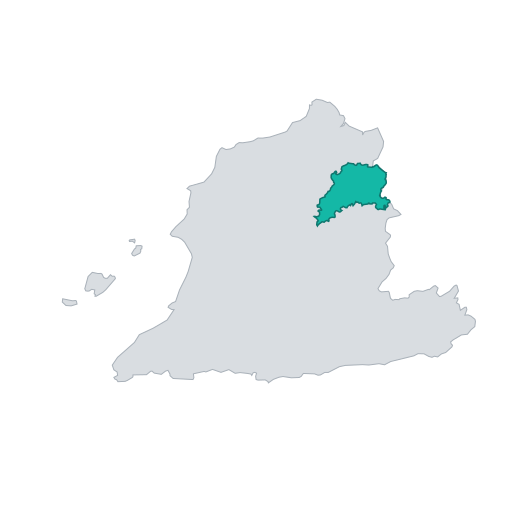 location of Badajoz within Spain, rotated 167°
{"feature_id": "ESP-5807", "entity_name": "Badajoz", "entity_type": "Autonomous Community", "adm_level": 1, "iso_a3": "ESP", "parent_name": "Spain", "parent_adm1": "", "projection": "robinson", "projection_center": [-5.947, 38.694], "detail": "fine", "context": "in_parent", "style": "filled", "palette": "teal", "viewbox_px": 512, "rotation_deg": 167, "n_neighbors": 0, "source": "natural_earth", "source_scale": "10m", "svg_char_len": 9319}
<svg xmlns="http://www.w3.org/2000/svg" viewBox="0 0 512 512"><g transform="rotate(167 256 256)"><path d="M272.5,129.6L272.5,130.9L274.9,133.2L281.9,134.6L283.7,135.6L283.4,138.9L281.8,141.7L283.3,142.9L285.0,142.9L287.0,140.6L287.5,142.1L290.7,143.5L297.8,146.0L302.7,146.4L308.0,151.4L316.3,150.5L323.9,155.3L330.9,154.3L332.5,155.2L343.5,155.3L343.9,151.4L345.2,149.8L364.3,155.3L366.7,158.7L366.4,160.4L367.5,164.4L370.0,164.2L374.9,162.0L381.5,164.8L383.2,167.2L384.6,167.4L389.4,165.0L402.6,167.8L403.1,166.0L404.0,165.4L409.4,163.7L411.7,163.3L418.8,164.6L419.7,166.9L421.1,167.7L421.8,169.7L417.7,170.8L417.4,174.2L420.1,177.1L420.6,182.0L413.7,188.4L393.9,199.1L387.4,205.6L372.4,208.8L357.0,213.6L347.9,222.2L350.3,222.9L353.2,225.8L352.3,227.1L348.3,229.1L344.6,229.7L338.1,240.2L329.0,251.2L325.6,256.1L318.4,269.0L318.4,272.7L322.4,285.5L324.6,288.9L327.6,291.7L333.2,294.1L334.7,296.5L332.8,298.7L327.3,302.7L317.6,308.2L313.6,312.4L312.8,316.6L309.9,318.4L309.0,324.2L305.2,332.2L305.0,334.3L308.1,337.2L305.1,339.0L290.1,339.7L280.8,346.0L276.2,351.6L272.2,362.0L267.1,368.1L264.8,369.2L261.3,366.5L256.9,366.1L252.6,367.0L250.4,369.1L246.9,370.3L243.5,369.3L236.0,368.7L232.8,368.8L227.6,370.5L223.2,369.4L215.7,368.8L199.6,370.2L197.6,370.8L190.4,377.8L182.6,378.0L175.6,380.8L170.8,387.6L169.9,391.2L168.5,390.4L167.4,390.7L166.9,393.4L162.0,395.2L156.5,392.9L151.9,389.5L149.5,389.3L145.6,384.1L143.9,380.7L142.8,377.1L142.7,374.6L139.2,373.1L138.4,369.8L140.9,365.5L144.2,363.1L141.1,363.3L138.9,366.1L136.0,361.6L124.3,353.0L124.9,349.9L123.0,352.2L121.6,352.8L115.6,352.5L108.7,353.5L105.9,338.9L107.7,333.7L115.5,323.7L120.3,322.3L122.3,317.1L117.8,317.4L110.8,307.4L112.7,298.1L119.7,291.1L120.9,288.3L121.2,285.7L119.9,283.9L116.0,282.9L112.1,275.6L111.3,271.0L108.0,268.4L105.4,263.9L107.8,263.2L117.7,263.2L120.1,262.0L122.0,258.9L123.9,253.9L124.3,250.9L120.5,246.6L120.3,245.7L120.9,244.2L126.9,239.4L125.7,235.8L126.7,228.2L126.2,223.8L125.6,220.2L123.5,215.5L124.9,213.6L128.0,212.0L130.5,208.2L134.2,205.0L139.0,202.4L144.5,196.8L143.7,194.3L141.8,192.8L134.9,191.8L134.4,190.6L134.5,184.5L132.7,182.1L130.2,182.4L126.5,181.3L125.5,182.0L120.7,181.8L117.3,180.7L115.9,181.6L115.5,183.8L109.8,186.0L106.6,185.9L101.3,184.0L95.4,184.7L94.7,184.2L89.6,186.7L87.9,186.8L85.8,183.8L88.6,179.4L86.3,175.2L84.7,175.1L75.3,178.1L69.7,182.1L67.5,182.7L66.8,181.9L66.6,176.3L72.4,170.2L68.8,169.8L69.0,168.1L71.3,165.3L69.0,163.2L69.1,157.1L63.9,159.1L62.6,158.8L62.6,156.3L65.8,151.4L62.5,150.9L60.0,149.0L56.9,145.0L56.9,142.9L58.7,138.0L63.2,135.7L67.6,132.2L73.6,132.9L82.6,130.0L85.7,128.5L85.6,126.4L84.6,124.9L85.5,123.4L92.9,119.3L97.3,118.9L101.7,116.8L104.7,118.2L107.3,117.7L110.3,119.3L114.3,122.9L120.1,124.4L124.7,123.2L148.5,122.9L155.2,121.1L160.4,123.4L170.6,124.4L176.7,126.2L193.5,129.3L199.6,129.4L211.8,126.3L215.2,127.1L220.0,125.6L222.4,125.9L225.5,128.0L236.3,130.9L239.1,128.5L241.2,127.9L249.0,129.4L256.8,132.5L260.9,132.7L266.8,131.9L272.5,129.6ZM420.7,259.2L423.6,260.5L426.5,259.4L428.1,259.7L429.7,260.3L430.2,262.6L424.2,273.8L419.2,276.9L414.0,274.5L411.0,273.9L410.1,273.0L409.3,269.4L407.9,268.2L405.9,267.7L402.0,270.5L400.7,268.6L398.8,268.3L398.1,267.1L398.1,265.6L410.0,256.9L413.5,255.0L420.9,252.7L422.0,253.1L421.1,254.4L422.2,255.6L420.7,259.2ZM455.1,254.7L454.0,257.8L444.8,253.6L441.8,253.2L441.1,252.5L441.2,249.4L447.3,249.0L452.3,250.5L455.1,254.7ZM371.4,290.7L370.4,292.9L365.9,292.1L364.8,291.2L365.7,288.7L367.0,288.4L367.1,286.7L368.4,284.9L374.7,283.4L376.2,284.6L376.6,286.4L372.8,290.2L371.4,290.7ZM376.1,299.6L375.4,300.1L370.5,299.7L370.3,298.2L371.3,296.1L373.1,298.2L376.0,298.6L376.1,299.6Z" fill="#d9dde1" stroke="#a8b0b8" stroke-width="1"/><path d="M113.0,301.6L112.9,301.3L112.8,301.2L112.6,301.1L112.4,300.8L112.4,300.6L112.4,300.2L112.4,299.4L112.6,298.1L112.7,297.9L113.0,297.4L114.4,296.2L114.8,295.9L115.3,295.7L115.8,295.3L116.2,294.9L116.3,294.5L116.6,294.3L118.0,294.0L118.5,293.8L118.8,293.4L119.2,293.2L119.4,293.0L119.4,292.5L119.5,291.9L119.1,291.2L119.8,290.7L120.4,289.8L121.4,288.0L121.7,287.6L121.9,287.3L121.9,286.9L121.5,286.7L121.7,286.1L121.5,285.4L121.1,284.7L120.7,284.3L120.0,283.8L119.2,283.6L118.4,283.7L117.7,284.1L117.4,284.3L116.9,284.2L116.5,284.0L116.2,283.7L116.1,283.4L116.5,282.7L116.5,282.3L116.2,281.6L115.5,281.3L114.6,281.1L113.9,280.7L113.5,280.1L113.3,279.4L113.3,278.7L113.7,278.0L115.1,278.2L116.5,276.4L116.5,276.0L116.2,275.7L116.1,275.4L116.2,275.2L116.3,274.8L116.4,274.7L117.7,274.1L118.3,273.9L119.0,274.0L118.8,275.7L119.0,276.4L119.6,276.5L119.8,276.4L120.0,276.2L120.5,274.3L120.5,274.0L120.5,273.7L120.3,273.5L120.1,273.3L119.2,272.8L119.7,272.0L124.5,273.9L124.9,274.0L126.1,273.7L126.6,273.8L127.1,274.2L127.7,275.4L128.3,275.9L128.5,276.8L128.2,277.7L127.0,279.1L127.7,280.6L128.0,280.9L130.6,281.4L131.2,280.6L133.4,281.2L133.6,281.3L133.7,281.8L133.8,282.0L134.0,282.1L134.3,282.2L134.6,282.2L134.9,281.7L135.1,281.5L139.7,281.9L141.3,281.1L141.4,283.1L141.5,283.6L142.0,284.2L143.4,284.2L143.9,284.5L144.4,285.4L144.6,285.6L144.9,285.6L145.6,285.6L145.8,285.6L146.5,286.6L148.1,284.7L150.1,283.2L150.4,285.3L150.5,285.4L150.6,285.5L151.2,285.4L152.5,283.9L153.0,284.8L154.9,284.1L155.8,283.5L156.4,282.6L157.6,282.8L159.9,284.8L161.2,284.1L162.2,284.1L162.5,284.0L162.9,283.5L163.2,282.8L163.2,282.4L162.4,281.1L162.2,281.0L163.6,280.2L164.3,280.0L165.0,280.2L166.5,281.6L167.2,282.0L168.2,281.9L168.6,281.6L169.4,280.7L170.1,279.5L170.1,279.2L169.9,278.5L169.8,278.3L170.0,276.9L170.3,276.1L170.8,275.9L173.0,276.6L175.0,276.6L176.2,276.0L176.7,275.5L176.9,275.2L176.9,274.9L176.9,274.1L177.0,273.8L177.4,273.4L177.9,273.6L178.6,274.7L180.6,274.4L182.0,273.6L183.9,274.5L184.6,274.1L184.8,274.1L185.0,274.0L185.2,273.9L185.8,273.6L186.9,273.3L187.2,273.2L187.6,272.7L189.1,271.9L189.4,271.5L189.8,272.7L189.7,273.3L189.3,274.1L188.9,275.4L188.6,275.7L188.3,275.9L188.0,275.9L187.7,276.1L187.5,276.3L187.5,276.7L187.6,277.0L188.2,278.4L188.7,279.3L188.8,279.4L188.9,279.6L189.2,279.9L190.1,280.9L190.5,281.5L190.1,281.5L189.9,281.4L188.9,281.0L188.7,280.8L188.4,280.7L187.9,280.6L187.4,280.7L187.1,280.7L186.8,280.7L186.3,280.6L186.1,280.6L185.9,280.8L185.7,281.0L185.1,281.6L184.9,281.8L184.8,282.0L184.6,282.4L184.3,283.9L184.3,284.5L184.4,284.8L184.6,285.0L185.1,285.3L185.3,285.5L185.4,285.8L185.3,286.1L184.5,286.5L184.3,286.6L184.0,286.6L183.5,286.4L182.7,286.0L182.5,285.9L182.2,285.9L181.9,285.9L181.7,286.1L181.7,286.4L181.8,286.6L181.9,286.9L182.0,287.2L182.0,287.4L182.2,287.6L182.3,287.7L182.4,287.8L182.4,288.1L182.5,288.3L182.5,288.6L182.6,288.9L182.7,289.1L182.9,289.2L183.9,289.5L184.1,289.6L184.9,289.7L185.1,290.0L185.2,290.4L185.1,290.9L185.0,291.7L184.8,291.9L184.6,291.9L183.7,291.8L183.2,291.9L183.0,292.0L182.8,292.2L182.5,292.5L182.1,293.2L181.9,293.6L181.2,296.1L181.0,296.8L180.7,297.2L180.5,297.3L180.3,297.3L180.1,297.3L179.8,297.4L179.3,297.6L178.5,297.7L178.0,297.9L175.7,298.0L175.3,298.1L175.3,298.3L175.4,298.6L175.4,298.8L175.3,299.2L175.2,299.5L175.0,299.8L174.2,300.1L172.8,301.0L171.9,301.8L171.7,302.0L171.4,302.4L171.4,302.6L171.2,302.8L170.6,302.7L170.0,302.7L169.7,302.8L169.1,303.3L168.7,303.8L168.5,304.1L168.4,304.3L168.3,304.5L168.2,304.9L168.0,305.3L167.1,305.8L166.6,306.2L166.5,306.4L166.2,306.9L165.9,307.1L165.4,307.3L164.1,308.0L163.7,308.3L163.5,308.5L163.3,309.3L163.3,309.5L163.4,309.8L163.7,310.1L163.8,310.3L163.8,310.6L163.7,311.0L163.6,311.6L163.7,311.9L163.8,312.0L164.0,312.2L164.1,312.3L164.2,312.5L164.3,312.6L164.4,313.1L164.5,313.2L164.5,313.4L164.6,313.6L164.9,314.1L165.0,314.3L164.9,314.5L165.0,314.8L165.0,315.0L165.1,315.3L165.1,315.6L165.1,315.8L165.0,316.3L164.8,316.6L164.7,316.9L164.6,317.4L164.6,317.6L164.6,317.8L164.5,318.0L163.2,319.0L161.9,318.9L161.4,319.3L161.2,319.5L160.5,320.1L159.8,320.6L159.3,320.7L159.0,320.6L158.8,320.4L158.7,319.7L158.6,319.4L158.6,319.2L158.8,319.0L159.0,318.9L159.3,318.8L159.8,318.5L159.9,318.3L159.8,318.1L159.7,317.9L159.2,317.4L158.8,317.1L158.5,317.0L156.5,317.3L155.6,317.6L155.3,317.8L155.1,318.0L154.8,318.5L154.7,318.7L154.5,318.8L153.7,319.3L153.4,319.5L153.2,319.8L153.1,320.0L153.0,320.3L153.0,320.5L153.2,320.8L153.3,321.0L153.4,321.5L152.8,322.4L152.7,322.6L152.6,323.0L152.2,323.6L151.8,323.8L151.4,323.9L150.2,324.2L149.6,324.2L147.3,324.7L146.6,325.0L145.7,325.7L145.3,326.1L144.8,325.6L140.9,324.1L140.1,323.9L140.0,323.7L140.0,323.4L139.9,323.1L139.6,322.8L138.4,321.9L138.1,321.8L137.8,321.8L137.6,321.9L137.4,322.0L137.2,322.2L137.1,322.5L136.6,322.8L136.5,323.0L136.4,323.2L136.3,323.3L135.9,323.3L135.1,323.1L133.7,323.0L133.5,322.9L133.5,322.6L133.5,322.3L133.4,322.1L133.3,321.8L132.8,321.1L132.4,320.8L132.0,320.6L131.6,320.5L130.6,320.4L129.9,320.5L128.5,320.5L127.6,320.3L127.3,320.1L126.9,320.0L126.6,319.8L126.5,319.6L126.6,319.3L126.8,318.9L126.9,318.6L127.1,318.4L127.2,318.2L127.2,317.9L127.0,317.6L123.0,316.3L122.5,316.7L122.1,316.4L121.2,316.5L120.5,316.7L120.4,316.7L120.2,316.7L119.8,317.2L119.1,317.5L118.4,317.6L117.9,317.6L117.5,317.3L117.2,317.0L116.0,314.1L115.9,313.9L115.4,313.5L115.2,313.3L115.0,313.1L114.9,312.6L114.7,312.4L111.6,308.6L110.8,308.0L110.4,307.8L110.8,307.3L111.1,306.9L111.1,306.5L110.8,306.0L111.1,305.6L111.6,303.8L112.9,302.1L113.0,301.6Z" fill="#14b8a6" stroke="#0f766e" stroke-width="1.5"/></g></svg>